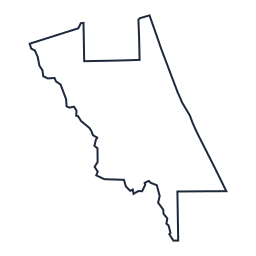 Volusia, Florida, United States of America (Equal Earth projection)
{"feature_id": "52423323B44461654915973", "entity_name": "Volusia", "entity_type": "district", "adm_level": 2, "iso_a3": "USA", "parent_name": "United States of America", "parent_adm1": "Florida", "projection": "equal_earth", "projection_center": [-81.228, 29.02], "detail": "fine", "context": "isolated", "style": "outline", "palette": "slate", "viewbox_px": 256, "rotation_deg": 0, "n_neighbors": 0, "source": "geoboundaries", "source_scale": "gbopen_adm2", "svg_char_len": 1059}
<svg xmlns="http://www.w3.org/2000/svg" viewBox="0 0 256 256"><path d="M173.4,240.6L178.2,240.6L177.4,191.5L203.4,191.3L226.3,191.2L214.9,168.0L198.3,135.2L196.0,130.5L192.8,123.4L189.9,115.6L182.2,102.7L178.5,94.2L177.7,92.5L176.6,89.5L174.6,84.3L161.0,48.3L158.5,41.0L156.1,34.1L149.5,15.4L139.8,18.2L138.4,19.8L139.1,37.6L139.6,59.9L130.1,60.2L115.1,60.6L84.2,61.2L83.5,22.9L80.8,23.2L78.3,28.3L29.7,43.7L31.2,48.6L34.9,50.5L37.7,56.9L39.4,65.7L42.4,70.2L43.3,76.3L47.8,78.4L54.5,78.0L56.0,81.4L60.6,84.6L66.1,99.2L66.6,106.4L69.4,107.6L74.0,106.7L76.5,110.7L76.2,115.7L78.1,116.2L81.1,121.1L89.4,127.9L91.4,131.1L93.0,135.3L97.2,137.6L95.9,139.8L94.4,145.8L97.5,148.3L97.6,162.0L94.6,166.9L97.7,171.5L96.3,175.4L104.3,179.2L114.1,179.5L123.9,179.8L125.9,186.5L130.3,190.9L132.7,189.5L133.6,193.8L138.3,191.1L142.1,191.2L145.2,184.9L144.6,182.9L148.8,180.9L150.6,182.8L156.8,185.2L159.7,196.1L158.1,202.7L163.2,209.6L163.5,213.8L167.3,218.4L166.4,223.7L168.5,225.4L170.5,232.9L169.3,234.2L173.4,240.6Z" fill="none" stroke="#1e293b" stroke-width="2"/></svg>